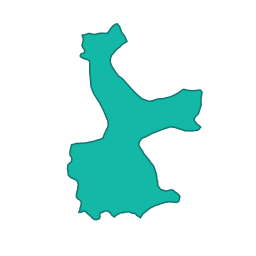 San Marcos, San Marcos, Guatemala, rotated 196°
{"feature_id": "79465075B32898701467657", "entity_name": "San Marcos", "entity_type": "district", "adm_level": 2, "iso_a3": "GTM", "parent_name": "Guatemala", "parent_adm1": "San Marcos", "projection": "mercator", "projection_center": [-91.831, 14.993], "detail": "fine", "context": "isolated", "style": "filled", "palette": "teal", "viewbox_px": 256, "rotation_deg": 196, "n_neighbors": 0, "source": "geoboundaries", "source_scale": "gbopen_adm2", "svg_char_len": 3234}
<svg xmlns="http://www.w3.org/2000/svg" viewBox="0 0 256 256"><g transform="rotate(196 128 128)"><path d="M152.0,33.4L151.0,33.9L150.3,34.0L149.6,34.2L149.1,34.7L148.6,35.4L147.7,36.0L145.9,36.1L144.7,35.3L138.9,32.6L137.1,31.4L135.4,30.8L133.0,31.2L130.6,32.8L130.4,35.1L131.3,36.2L131.3,38.8L129.9,39.5L126.8,42.1L125.5,42.6L122.0,41.7L118.9,39.4L116.3,38.8L115.7,40.5L114.4,41.8L111.3,44.8L109.7,45.0L107.0,46.6L104.1,47.7L100.2,47.3L97.5,47.9L95.7,46.5L91.3,45.2L90.0,49.9L89.2,50.7L85.1,56.7L82.7,58.9L81.7,60.0L78.5,62.4L77.9,62.4L75.2,64.7L70.2,67.7L69.4,67.7L68.3,68.5L61.3,69.7L59.5,70.8L59.0,71.7L59.1,74.4L59.2,76.5L59.5,76.9L60.8,77.6L62.5,78.7L64.7,79.2L67.4,80.7L69.7,80.4L70.9,79.6L71.9,79.1L73.8,77.9L79.6,77.8L83.7,81.1L85.0,85.3L86.0,86.4L86.9,88.9L88.3,91.9L88.8,92.7L92.8,98.3L95.1,100.2L96.0,100.4L99.0,103.1L99.6,103.1L100.0,103.7L102.5,105.4L105.7,107.7L107.5,109.6L109.5,111.2L111.6,113.1L113.0,114.7L113.3,117.9L113.0,118.6L112.1,121.3L110.8,122.9L109.0,124.0L103.3,129.5L94.2,136.4L90.2,139.1L87.3,140.9L83.3,141.5L72.3,141.1L68.8,142.1L65.7,142.8L63.6,143.8L60.9,144.7L59.5,146.1L58.4,148.9L60.8,150.1L63.4,151.1L65.1,152.4L66.3,153.5L66.9,155.1L66.3,157.5L64.3,161.1L64.0,170.5L65.2,173.5L66.1,178.0L66.7,182.8L67.5,183.6L68.8,184.3L69.8,184.2L71.1,183.6L73.0,182.7L75.5,181.9L78.3,181.1L80.8,180.8L82.8,180.6L85.0,180.6L86.4,179.4L87.6,177.8L89.1,175.9L91.6,173.3L95.6,169.8L102.7,165.7L107.2,164.2L109.4,162.7L112.1,160.9L115.1,159.4L122.4,159.9L124.3,160.7L128.5,162.6L133.5,165.4L135.0,166.3L136.6,167.2L137.7,168.0L139.8,169.3L144.0,171.9L145.9,173.2L148.0,174.2L151.6,175.4L156.8,179.5L159.6,182.0L161.4,183.8L163.3,186.6L164.0,189.8L163.9,193.1L161.9,197.8L159.9,201.6L158.4,203.1L157.5,205.1L156.3,207.1L155.3,208.3L152.8,210.9L156.4,215.2L160.4,218.2L164.1,223.2L167.1,225.2L168.8,224.2L169.9,222.6L171.1,221.0L171.7,219.4L172.4,217.6L173.0,215.4L173.7,214.1L174.7,213.0L178.6,212.1L181.7,211.1L183.0,210.3L186.2,208.6L188.7,208.3L190.9,208.3L192.1,207.9L193.2,207.0L194.5,206.3L195.8,205.1L197.6,204.9L196.7,202.9L195.9,201.8L195.1,199.9L195.0,195.9L195.0,194.8L194.6,194.1L193.6,192.9L192.4,192.0L191.0,190.6L190.8,189.9L190.9,188.8L191.0,188.2L191.3,187.7L191.8,187.2L192.7,187.0L193.3,186.6L193.6,185.8L193.9,184.6L193.7,183.9L193.2,183.4L191.3,182.8L187.9,182.5L185.8,182.6L184.7,182.3L183.8,181.8L182.9,180.8L180.1,170.9L177.6,164.6L175.9,160.3L175.6,159.1L174.7,157.3L173.0,154.9L171.1,152.5L170.4,151.6L169.4,150.7L167.4,148.9L165.5,147.2L163.5,145.6L161.7,143.9L160.7,142.8L158.7,140.7L156.4,138.2L154.3,135.6L153.0,133.9L151.3,131.7L149.5,129.6L148.8,128.0L148.0,126.0L147.6,124.6L147.6,123.9L147.8,122.7L148.1,121.6L148.3,120.9L148.4,120.1L148.5,119.0L148.6,117.9L149.1,115.2L149.1,112.2L150.1,110.4L158.4,105.1L159.4,104.7L165.4,101.5L170.0,100.2L170.3,99.7L172.9,99.2L177.6,96.3L177.3,89.2L176.2,85.8L174.5,84.7L173.1,82.1L173.3,79.8L175.6,76.1L174.8,71.6L173.9,70.3L173.8,69.4L173.3,68.7L172.6,66.7L171.0,65.4L168.5,64.4L164.2,63.9L162.5,63.1L161.1,62.0L160.9,60.9L160.1,60.1L159.9,56.9L159.5,56.5L159.5,51.4L158.8,47.8L157.1,46.2L154.9,45.7L153.2,44.7L152.0,42.8L152.1,40.7L151.8,40.2L152.0,38.8L151.7,35.9L152.0,33.4Z" fill="#14b8a6" stroke="#0f766e" stroke-width="1.5"/></g></svg>